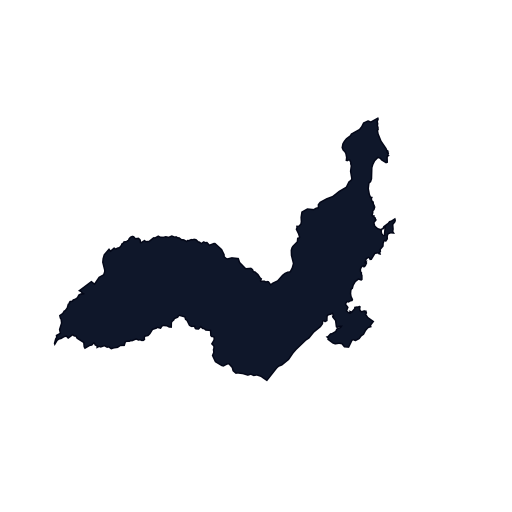 the district of Pisco, Ica, Peru, rotated 212°
{"feature_id": "86281439B1957856782963", "entity_name": "Pisco", "entity_type": "district", "adm_level": 2, "iso_a3": "PER", "parent_name": "Peru", "parent_adm1": "Ica", "projection": "natural_earth1", "projection_center": [-75.992, -13.889], "detail": "fine", "context": "isolated", "style": "filled", "palette": "ink", "viewbox_px": 512, "rotation_deg": 212, "n_neighbors": 0, "source": "geoboundaries", "source_scale": "gbopen_adm2", "svg_char_len": 6137}
<svg xmlns="http://www.w3.org/2000/svg" viewBox="0 0 512 512"><g transform="rotate(212 256 256)"><path d="M328.0,102.7L325.0,105.2L323.7,108.2L320.4,110.4L321.3,113.7L320.9,114.8L317.9,116.9L317.6,117.9L316.3,118.4L313.7,122.1L311.1,122.5L310.0,123.6L308.3,123.8L306.8,124.8L306.4,126.2L307.5,127.5L307.8,129.1L305.5,131.3L304.9,133.9L304.9,138.9L302.3,142.0L301.9,143.2L298.7,144.2L298.7,146.7L297.8,148.0L294.4,149.7L292.0,149.8L290.2,150.8L292.5,154.7L292.6,156.0L291.9,158.3L292.1,159.7L290.0,162.6L290.1,163.8L289.6,165.1L284.0,166.7L282.2,165.0L280.4,164.9L275.7,162.0L273.5,162.1L270.7,163.9L269.6,162.7L268.4,162.4L266.1,163.6L265.4,166.9L262.9,166.3L261.3,167.0L259.4,166.6L255.1,168.8L252.1,164.6L250.8,164.3L249.8,164.9L248.3,164.9L247.0,162.4L246.9,158.1L244.0,157.4L242.8,155.6L242.4,154.0L240.7,152.0L240.1,148.6L234.4,144.9L227.0,145.0L225.4,145.5L223.4,149.0L221.9,150.3L217.0,148.9L214.6,146.6L211.0,146.0L209.3,147.3L204.7,149.4L199.8,150.7L197.8,153.1L194.6,153.5L192.3,155.6L188.2,156.6L180.9,156.3L179.2,172.0L178.5,174.5L176.4,177.3L173.6,185.6L173.3,193.4L172.6,197.9L169.3,211.0L167.7,214.5L166.8,222.0L164.0,230.2L163.8,233.8L164.7,235.4L164.7,236.4L164.0,237.2L162.7,237.0L161.7,238.8L163.9,242.6L163.6,244.5L161.8,246.2L160.8,248.0L158.4,246.3L158.1,245.4L158.8,245.3L158.4,244.9L154.3,243.5L150.3,238.6L149.4,238.5L148.4,240.3L146.3,241.7L146.4,240.2L148.7,236.7L148.3,234.3L150.4,230.3L151.5,229.4L152.2,225.6L152.8,225.0L150.9,224.5L150.7,223.5L144.7,223.0L142.3,223.5L139.4,226.0L136.7,227.2L132.9,225.9L129.2,227.8L130.0,235.4L129.2,236.6L126.9,237.0L124.8,240.6L124.5,244.1L123.4,246.6L123.7,250.8L123.3,253.7L122.9,255.0L121.2,256.9L122.3,257.9L121.8,262.6L128.7,263.0L132.2,264.6L132.2,266.2L133.5,267.3L133.9,266.4L134.6,267.0L135.2,266.7L136.8,264.7L138.3,264.7L139.9,265.7L140.9,268.0L141.5,268.0L142.8,266.1L143.3,266.3L144.9,264.8L144.3,263.6L145.1,259.1L146.6,258.8L145.5,258.2L145.5,257.6L146.1,257.0L146.7,257.0L146.8,257.5L147.9,256.9L150.2,257.4L150.9,261.1L154.4,262.4L154.8,263.1L154.7,265.7L153.2,266.1L152.4,267.8L151.0,269.2L151.2,270.2L154.0,272.0L155.9,274.2L157.4,277.1L157.7,278.6L157.2,279.6L158.2,282.8L158.3,286.9L156.9,290.8L154.1,291.4L153.8,292.3L155.9,295.6L157.2,296.5L157.6,297.5L159.2,298.2L160.5,300.2L160.8,302.2L160.5,303.7L159.6,304.6L158.7,304.1L158.2,305.6L158.6,308.6L159.5,309.0L159.9,308.6L159.8,309.4L160.1,309.1L160.7,310.1L161.0,312.2L160.0,314.4L158.9,314.6L157.4,313.6L156.5,314.3L156.6,321.3L153.9,323.6L152.9,323.1L151.9,323.5L153.0,324.4L153.0,325.9L154.2,327.2L153.6,331.7L155.0,334.2L155.5,336.5L155.1,337.3L153.9,337.5L153.8,340.1L155.4,342.6L155.8,344.9L154.1,347.1L151.5,348.4L153.1,349.2L154.0,351.4L156.8,355.2L156.4,358.6L156.9,360.1L157.9,361.0L159.6,357.4L160.9,355.9L161.1,353.7L163.1,348.7L162.8,345.8L162.2,350.0L158.8,343.0L158.1,342.6L157.9,341.6L159.0,340.8L161.4,341.5L163.2,343.7L163.5,345.6L164.3,344.4L167.4,343.6L171.1,344.2L173.8,346.7L173.4,350.1L174.1,350.1L174.9,351.3L176.7,351.6L177.3,352.5L178.4,351.6L179.1,351.8L179.9,354.5L181.0,356.2L180.6,357.8L181.3,360.4L182.0,360.3L182.6,361.5L183.8,362.0L185.2,363.7L185.6,363.1L186.5,364.1L187.4,364.2L188.7,366.1L188.8,367.0L190.1,366.5L192.5,368.2L196.5,372.6L198.9,377.6L198.3,379.8L199.0,382.7L204.6,392.3L205.5,395.5L205.9,399.6L204.9,404.2L202.4,404.8L200.5,404.1L195.2,404.1L194.4,405.1L197.1,409.1L197.4,410.5L196.9,411.3L197.7,411.4L198.2,413.2L199.2,413.3L199.1,414.1L200.0,413.9L200.1,414.9L201.1,414.8L202.7,416.0L210.9,419.6L217.2,424.2L219.4,426.6L219.6,428.2L220.1,428.2L220.4,429.3L222.4,431.2L222.8,432.5L224.5,434.3L225.0,436.8L225.7,437.4L229.6,430.4L232.5,429.9L235.2,425.8L234.8,421.7L235.2,418.1L239.7,410.0L239.6,408.0L241.4,403.4L241.8,400.0L241.7,397.2L240.3,393.6L238.2,392.1L235.9,391.6L234.1,390.6L231.3,387.6L230.1,385.0L229.1,385.3L228.4,386.6L227.5,387.1L225.1,385.6L224.5,384.4L222.9,383.0L220.7,378.0L215.7,372.4L215.4,370.8L216.4,368.1L215.8,362.2L219.6,355.0L222.4,347.1L226.3,342.0L230.0,335.5L230.3,332.6L228.6,330.0L230.3,328.4L231.6,325.9L237.3,323.1L240.3,317.6L238.2,312.7L235.6,309.0L234.8,306.8L235.4,303.8L237.0,302.8L236.2,301.8L235.9,300.1L231.6,297.4L229.0,295.1L229.0,294.2L230.0,293.1L228.4,290.0L229.8,283.7L229.8,282.1L229.1,279.6L226.3,275.4L220.2,269.5L218.9,265.1L218.6,261.3L218.9,260.2L220.4,259.2L222.1,256.7L223.2,253.7L224.4,246.4L227.4,241.7L228.2,239.3L231.8,240.7L233.0,240.2L233.6,239.2L235.7,239.0L238.6,237.0L239.1,237.5L239.4,239.4L240.8,239.5L244.6,241.3L248.6,241.9L249.7,241.1L251.8,242.6L253.8,242.8L258.0,239.7L266.5,241.8L269.7,244.4L275.5,241.6L278.7,238.3L280.1,238.0L282.7,238.5L283.8,240.2L288.6,243.2L297.3,244.8L298.2,244.4L301.2,240.4L304.8,241.4L306.0,240.4L307.8,240.2L308.9,237.7L309.4,237.5L311.3,237.8L312.2,237.3L315.5,238.0L317.2,237.4L318.8,235.8L319.6,235.6L321.1,233.4L322.2,232.9L322.6,231.5L325.8,231.4L327.9,230.3L330.8,230.6L332.1,229.9L333.9,229.9L334.8,228.9L338.0,228.3L339.9,225.5L342.7,224.5L344.3,222.8L347.1,221.2L349.4,221.0L351.1,217.9L352.5,217.1L354.4,211.6L357.2,209.7L358.7,210.0L360.4,206.5L361.1,206.2L362.8,208.2L365.0,208.7L367.5,206.7L370.0,207.5L371.2,207.1L372.3,205.5L372.7,203.6L372.4,201.6L373.1,200.7L373.2,199.7L375.4,198.0L375.4,196.3L376.1,195.1L375.7,193.7L376.2,190.7L377.7,189.2L378.6,187.4L380.5,187.5L381.9,182.9L384.2,183.8L385.3,176.6L384.2,172.7L382.6,169.5L376.8,163.9L375.9,162.4L375.2,159.3L377.7,154.8L378.0,146.5L382.0,147.0L387.4,133.0L385.3,133.2L383.8,132.5L382.3,132.5L383.5,131.1L384.3,131.1L385.5,129.1L385.3,126.0L386.3,123.6L387.7,121.9L387.7,120.3L389.5,118.9L389.6,117.7L389.0,116.9L389.6,115.6L388.5,111.9L388.8,108.4L389.4,107.8L389.4,104.8L390.8,101.5L389.0,99.7L387.7,99.1L385.3,96.1L383.6,89.6L380.9,86.8L383.1,82.9L381.9,81.5L381.9,79.5L380.6,75.2L379.9,74.6L380.0,79.0L379.3,81.0L377.6,82.8L376.1,85.8L374.4,87.6L371.8,86.9L369.8,92.1L367.8,91.9L366.2,92.7L364.1,91.5L356.2,91.4L353.6,88.0L352.2,87.2L349.7,92.0L348.1,93.5L347.6,96.2L346.6,96.4L345.3,95.4L343.1,95.6L342.3,94.3L341.2,96.2L339.5,96.6L337.1,99.6L333.9,99.8L332.9,100.8L332.0,100.9L329.6,100.7L328.0,102.7Z" fill="#0f172a" stroke="#020617" stroke-width="1.5"/></g></svg>